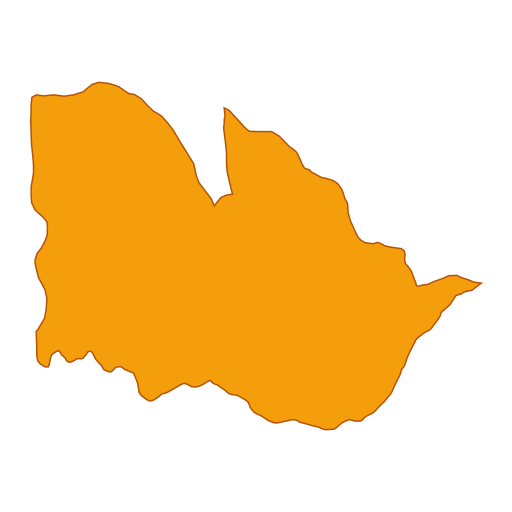 the district of Rangthangling, Chirang, Bhutan
{"feature_id": "84629894B33629251386681", "entity_name": "Rangthangling", "entity_type": "district", "adm_level": 2, "iso_a3": "BTN", "parent_name": "Bhutan", "parent_adm1": "Chirang", "projection": "equal_earth", "projection_center": [90.106, 26.982], "detail": "fine", "context": "isolated", "style": "filled", "palette": "amber", "viewbox_px": 512, "rotation_deg": 0, "n_neighbors": 0, "source": "geoboundaries", "source_scale": "gbopen_adm2", "svg_char_len": 4218}
<svg xmlns="http://www.w3.org/2000/svg" viewBox="0 0 512 512"><path d="M44.9,366.8L48.1,367.0L49.2,364.5L49.8,361.8L50.3,359.1L51.0,356.4L52.3,354.2L54.3,352.8L56.4,351.5L58.6,350.7L60.4,352.5L61.5,354.9L63.4,356.4L65.2,358.0L66.4,360.5L68.2,362.0L70.5,362.1L74.2,360.6L76.2,359.1L78.4,358.5L80.7,358.9L82.9,358.3L84.6,356.4L86.3,354.5L87.6,352.1L89.5,351.1L91.9,352.0L93.2,354.1L95.4,358.7L96.7,360.4L98.8,362.7L100.9,364.9L102.4,367.0L103.6,369.4L105.7,370.5L108.5,371.7L110.8,371.8L112.8,370.5L114.5,368.5L116.4,367.1L118.7,366.8L121.3,366.8L124.5,369.3L129.7,371.6L133.4,372.9L134.8,375.8L137.8,383.6L138.1,386.6L138.7,389.6L139.1,392.3L140.5,394.6L142.3,396.3L144.3,397.8L146.5,399.5L149.1,400.8L151.4,400.8L154.2,399.7L156.8,398.0L159.2,396.3L161.8,393.9L164.1,393.4L166.3,392.7L168.5,391.7L170.6,390.5L172.7,389.3L174.8,388.1L176.9,386.9L179.0,385.7L181.1,384.5L183.3,383.5L185.6,383.6L187.8,384.5L189.9,385.6L191.7,386.8L194.9,387.0L198.7,386.4L202.9,384.5L207.0,381.8L210.7,380.4L212.2,382.6L214.4,383.9L217.4,384.9L219.3,386.4L221.3,387.8L223.4,389.2L225.4,390.6L227.3,392.3L229.2,393.7L231.4,394.5L233.8,394.8L236.1,395.0L238.3,395.8L240.4,397.0L242.5,398.3L244.6,399.4L246.7,400.8L248.4,402.6L249.4,405.1L250.3,407.7L251.9,409.8L253.6,411.6L255.5,413.2L257.7,414.2L259.9,415.2L262.0,416.3L264.0,417.7L266.1,419.1L268.1,420.4L270.3,421.4L272.5,422.2L274.8,422.9L277.1,422.9L279.5,422.5L281.7,422.0L284.0,421.5L286.3,421.0L288.6,420.5L290.9,420.0L293.2,419.7L295.5,419.9L297.7,420.9L299.7,422.2L302.3,422.8L304.9,423.5L312.5,425.7L319.2,427.3L321.3,428.4L323.5,429.2L325.8,429.7L334.3,429.1L336.3,427.7L338.2,426.1L340.1,424.4L341.8,422.9L346.4,420.6L349.8,419.6L354.6,421.1L358.2,421.1L360.5,421.0L362.5,419.9L364.1,417.8L366.1,416.3L368.2,415.2L370.4,414.2L372.5,413.1L374.5,411.6L376.2,409.8L377.9,407.8L379.7,406.0L381.5,404.2L383.6,402.4L386.1,399.5L387.8,397.3L389.5,395.4L391.0,393.3L392.3,391.0L393.3,388.5L394.4,386.0L395.6,383.6L396.8,381.2L398.0,378.8L399.2,376.4L400.3,374.0L401.0,371.3L402.0,368.8L403.8,366.9L404.9,364.6L405.8,362.0L406.6,359.3L407.5,356.8L408.7,354.4L409.8,351.9L411.0,349.5L412.2,347.1L413.4,344.7L414.7,342.4L415.8,340.0L417.5,338.0L419.4,336.5L421.4,335.0L423.3,333.5L425.4,332.1L427.5,331.1L429.7,330.0L431.4,328.2L433.0,326.1L434.5,324.0L436.1,322.0L437.7,319.9L439.1,317.7L440.4,315.3L441.1,312.5L450.0,304.7L455.9,295.5L461.5,293.8L463.7,292.3L465.7,291.4L471.7,290.4L481.3,283.1L476.8,282.5L473.6,282.0L467.8,279.6L461.9,277.8L456.7,275.4L448.7,275.7L443.8,278.1L438.4,280.0L433.8,281.6L427.7,284.4L422.1,285.1L418.8,286.2L416.5,285.8L415.6,282.3L413.9,278.1L412.6,274.4L411.3,271.1L408.9,267.6L405.4,263.4L404.5,259.6L405.1,254.9L404.4,251.1L401.2,248.6L396.5,248.0L389.6,247.0L384.3,245.6L381.6,243.9L377.4,242.4L373.2,243.7L364.9,242.7L361.1,240.3L358.3,237.6L355.3,231.8L350.6,221.3L348.1,212.8L347.5,203.2L344.9,198.7L343.1,192.7L341.5,188.9L339.8,186.5L337.3,183.3L333.4,180.7L329.8,179.5L325.6,178.2L321.4,177.5L314.5,173.7L311.3,172.0L309.7,170.0L306.3,168.8L304.2,167.9L302.1,164.0L300.6,160.6L297.4,153.6L295.6,151.2L289.2,146.4L279.3,136.2L275.7,134.1L271.6,131.6L258.2,131.6L249.7,131.3L247.9,130.3L244.2,127.0L239.0,121.1L232.3,113.9L230.6,111.9L228.6,110.1L226.5,109.1L224.2,107.9L225.0,115.9L224.3,119.4L224.1,124.4L223.6,128.1L225.2,140.4L226.5,152.6L226.6,164.7L227.2,171.9L229.5,182.1L231.2,189.0L232.5,194.2L226.2,195.1L220.9,197.6L217.4,201.8L214.2,206.0L211.3,198.9L206.0,191.9L199.0,182.8L197.4,178.7L196.3,175.8L193.7,163.8L189.5,157.0L186.4,151.9L180.0,141.7L173.2,130.1L166.9,122.0L164.7,119.8L162.0,116.5L158.5,114.1L153.1,110.9L146.7,104.7L141.5,98.9L134.2,94.4L128.9,93.6L124.1,90.4L119.4,87.1L114.8,85.2L108.4,83.4L98.8,82.3L92.2,84.4L82.8,92.0L73.4,94.9L64.2,96.2L53.7,94.9L43.2,95.9L36.2,94.9L32.0,97.2L31.2,103.7L31.1,107.3L31.1,113.7L30.7,120.4L31.3,137.6L31.6,145.0L32.9,156.7L33.5,165.0L33.5,173.6L31.2,186.5L31.2,195.5L31.6,202.6L35.1,210.0L43.0,217.1L46.9,221.8L47.4,227.3L47.2,235.1L44.9,241.3L41.3,248.0L37.1,253.5L35.1,259.7L35.1,263.7L38.4,277.4L44.9,289.5L46.9,298.1L46.2,309.5L44.6,318.1L37.7,329.9L36.2,331.4L36.7,345.4L36.9,356.6L37.8,361.1L40.1,363.8L44.9,366.8Z" fill="#f59e0b" stroke="#b45309" stroke-width="1.5"/></svg>